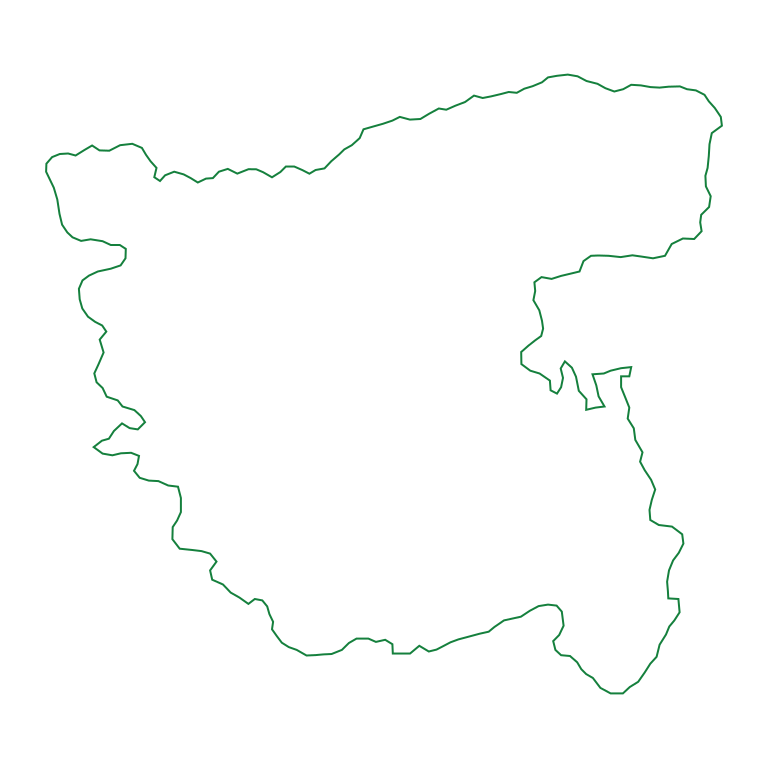 Madre de Deus de Minas, Minas Gerais, Brazil (Mercator projection)
{"feature_id": "56859067B30522908877302", "entity_name": "Madre de Deus de Minas", "entity_type": "district", "adm_level": 2, "iso_a3": "BRA", "parent_name": "Brazil", "parent_adm1": "Minas Gerais", "projection": "mercator", "projection_center": [-44.329, -21.491], "detail": "fine", "context": "isolated", "style": "outline", "palette": "green", "viewbox_px": 768, "rotation_deg": 0, "n_neighbors": 0, "source": "geoboundaries", "source_scale": "gbopen_adm2", "svg_char_len": 3826}
<svg xmlns="http://www.w3.org/2000/svg" viewBox="0 0 768 768"><path d="M667.9,591.0L667.1,581.7L669.0,570.4L673.1,560.4L678.8,552.8L683.4,543.6L682.2,534.3L672.0,526.6L658.8,525.0L650.3,520.0L649.5,509.9L651.8,499.9L655.2,489.5L651.1,479.8L644.7,470.2L640.1,461.7L642.5,452.3L635.3,439.9L633.8,428.3L627.7,418.6L629.3,407.6L625.8,398.8L621.1,387.2L621.1,376.3L629.3,376.3L631.2,367.1L621.0,368.2L610.6,370.7L603.8,373.5L592.5,374.3L596.3,385.4L598.6,396.4L604.5,406.5L595.6,407.6L586.2,409.8L586.5,399.3L578.8,390.8L576.0,376.7L571.9,367.7L564.9,361.4L560.7,368.5L563.0,377.9L561.1,387.2L557.0,393.6L550.6,390.3L549.9,380.6L539.6,373.5L530.3,370.7L521.4,364.1L521.2,352.0L528.5,345.6L535.1,340.4L541.2,336.0L543.1,328.6L542.0,320.8L539.3,310.3L533.4,300.2L535.2,291.0L534.4,282.3L541.5,277.1L551.6,278.9L561.1,275.9L571.2,273.5L579.5,271.5L583.5,261.1L591.0,255.8L598.2,255.5L608.6,255.8L620.7,257.1L632.4,255.3L641.7,256.6L653.0,258.3L665.0,255.8L671.7,244.0L682.9,238.5L694.2,239.0L701.6,231.2L700.2,222.4L701.2,214.8L709.1,207.0L710.7,196.2L705.9,186.4L705.4,175.8L707.6,167.9L708.8,156.0L709.5,144.2L711.8,133.1L721.9,125.7L720.8,116.9L714.8,108.0L708.8,101.3L704.5,94.8L695.9,90.4L687.0,89.2L679.9,86.4L668.6,86.7L659.6,87.6L650.6,87.1L640.9,85.4L631.2,84.8L623.2,89.2L614.3,91.5L605.4,88.2L597.5,83.8L586.5,81.0L577.6,76.3L567.8,74.6L557.0,75.8L548.0,77.4L542.0,82.3L532.6,86.2L524.3,88.7L516.8,92.8L508.7,92.0L501.1,94.0L491.0,96.4L482.7,98.0L474.0,95.6L465.1,102.0L455.4,105.7L446.3,109.7L438.8,108.5L429.2,113.7L420.4,119.0L409.9,119.6L399.8,116.9L392.4,120.6L382.9,123.8L373.3,126.5L363.5,129.3L359.7,138.1L351.8,145.2L344.3,149.4L339.2,154.4L331.3,161.2L324.5,168.4L315.6,170.0L309.4,173.7L302.4,170.1L294.2,166.5L285.9,166.5L280.4,172.0L272.0,177.3L263.1,172.2L256.3,169.3L248.5,169.2L237.3,173.6L227.8,168.9L218.9,171.7L212.9,178.1L206.0,178.6L197.8,182.5L190.7,178.1L183.7,174.4L174.2,171.7L165.1,175.3L160.0,181.0L154.3,177.2L156.5,167.9L150.5,161.2L146.0,154.8L141.9,147.9L132.3,143.8L120.1,145.2L109.3,150.7L99.5,150.4L92.1,145.5L84.6,149.9L75.6,155.5L68.1,153.5L59.8,154.0L52.1,157.1L46.4,163.7L46.1,171.7L53.8,187.7L57.3,199.5L59.5,213.9L62.1,224.7L67.3,232.4L72.5,237.3L81.1,240.9L90.6,239.3L102.6,241.2L110.8,245.0L119.8,245.0L125.8,248.9L125.5,258.3L120.6,265.4L110.8,268.7L97.8,271.5L89.0,275.6L82.5,280.4L78.9,288.8L79.7,299.3L82.3,308.5L88.0,316.7L95.2,321.9L102.2,325.5L106.3,331.6L99.7,339.6L103.6,352.5L98.5,364.3L94.3,373.4L96.6,382.3L102.6,388.0L106.7,396.7L117.7,400.4L122.5,406.5L134.4,410.1L140.9,416.1L145.0,422.2L137.8,429.4L129.6,428.1L122.0,423.4L113.9,431.0L108.9,438.7L101.9,440.7L93.7,447.1L102.6,453.6L112.4,455.3L120.9,453.3L131.1,452.8L139.0,455.9L137.5,464.1L134.0,470.8L139.7,477.8L148.8,480.6L158.4,481.1L168.2,485.5L178.0,486.7L180.9,498.0L180.9,512.1L177.1,520.5L172.7,527.1L172.4,539.2L179.7,548.7L192.3,550.0L201.5,551.1L210.1,553.6L216.5,561.6L210.1,570.4L212.2,579.7L223.0,584.5L230.7,592.6L239.5,597.6L248.4,603.9L254.8,599.0L262.3,600.4L267.2,606.4L269.4,614.1L273.1,621.8L272.0,629.3L276.9,636.2L281.8,642.7L288.8,647.1L296.7,649.9L306.5,655.5L315.6,655.1L323.3,654.4L331.6,654.0L341.9,649.9L348.9,643.0L356.5,638.6L368.4,638.6L375.9,641.9L385.2,639.8L392.4,644.2L392.8,653.5L401.3,653.5L410.1,653.5L419.3,645.8L428.8,651.5L436.5,649.6L442.9,646.3L450.5,642.3L458.4,639.4L466.3,637.3L479.7,633.7L488.7,631.7L494.4,627.0L504.0,620.4L520.9,616.7L529.8,610.8L538.6,606.1L548.0,604.6L556.6,605.6L561.8,611.6L563.6,625.7L559.2,635.0L553.2,641.1L555.4,649.9L561.1,655.2L570.0,656.0L577.2,662.3L581.3,669.2L586.2,674.1L592.9,678.0L600.4,687.9L610.6,693.4L622.9,693.4L629.8,687.0L638.2,681.8L644.7,672.5L650.3,663.7L656.6,656.8L659.6,644.7L666.0,634.5L669.3,626.5L674.3,620.5L679.6,612.3L678.4,599.0L668.3,598.4L667.9,591.0Z" fill="none" stroke="#15803d" stroke-width="2"/></svg>